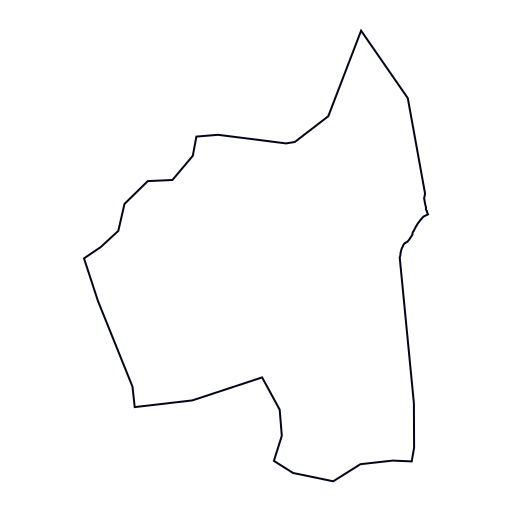 the district of Ilejemeje, Ekiti, Nigeria
{"feature_id": "59680162B76636581595069", "entity_name": "Ilejemeje", "entity_type": "district", "adm_level": 2, "iso_a3": "NGA", "parent_name": "Nigeria", "parent_adm1": "Ekiti", "projection": "natural_earth1", "projection_center": [5.249, 7.94], "detail": "fine", "context": "isolated", "style": "outline", "palette": "ink", "viewbox_px": 512, "rotation_deg": 0, "n_neighbors": 0, "source": "geoboundaries", "source_scale": "gbopen_adm2", "svg_char_len": 1130}
<svg xmlns="http://www.w3.org/2000/svg" viewBox="0 0 512 512"><path d="M361.1,30.7L328.3,116.2L294.8,142.0L285.9,143.4L218.0,134.8L196.4,136.6L192.8,155.8L172.4,180.0L147.8,181.1L124.5,203.9L118.3,230.9L100.8,247.0L84.0,258.4L98.0,301.1L132.5,386.7L134.7,407.1L192.3,400.4L262.1,377.4L279.7,409.7L281.8,435.8L273.9,460.9L293.1,473.0L333.2,481.3L360.4,464.2L392.6,460.6L411.7,461.4L414.1,447.6L413.9,403.3L399.7,257.3L400.0,256.7L400.3,255.7L400.4,254.9L400.5,254.0L400.5,252.9L400.8,252.4L400.8,251.9L401.2,250.3L401.8,248.3L402.4,247.3L402.8,246.4L403.1,245.4L403.5,244.7L404.1,243.9L404.6,243.4L405.0,243.1L405.4,243.1L406.3,242.2L406.9,242.1L407.6,241.4L408.2,240.8L408.7,240.2L409.7,238.9L410.6,237.3L411.7,235.9L412.4,234.6L412.5,233.3L412.8,232.1L413.5,231.4L415.4,227.5L417.6,223.8L420.3,220.2L423.4,216.6L428.0,214.4L427.6,213.5L426.9,211.9L426.9,211.3L426.8,210.9L426.4,210.4L426.0,209.8L425.9,208.7L426.0,207.2L425.8,206.8L425.4,205.1L425.1,203.8L424.7,201.8L424.5,200.4L424.5,199.9L424.1,198.6L424.1,198.4L424.1,198.2L424.8,195.2L425.0,193.2L407.8,98.2L361.1,30.7Z" fill="none" stroke="#020617" stroke-width="2"/></svg>